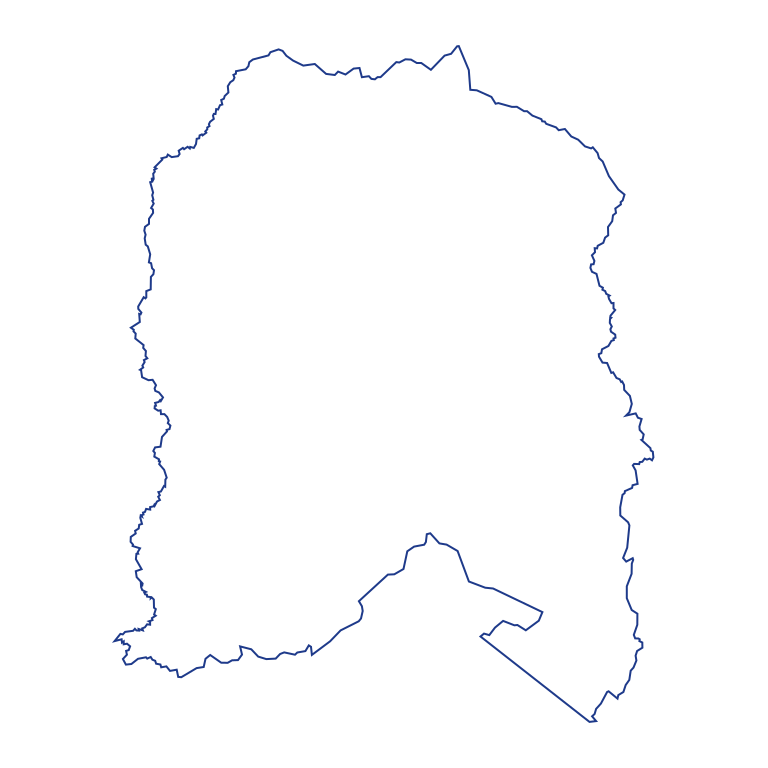 Asunafo North Municipal, Brong Ahafo, Ghana (Robinson projection)
{"feature_id": "2480657B96138797401471", "entity_name": "Asunafo North Municipal", "entity_type": "district", "adm_level": 2, "iso_a3": "GHA", "parent_name": "Ghana", "parent_adm1": "Brong Ahafo", "projection": "robinson", "projection_center": [-2.711, 6.815], "detail": "fine", "context": "isolated", "style": "outline", "palette": "blue", "viewbox_px": 768, "rotation_deg": 0, "n_neighbors": 0, "source": "geoboundaries", "source_scale": "gbopen_adm2", "svg_char_len": 6066}
<svg xmlns="http://www.w3.org/2000/svg" viewBox="0 0 768 768"><path d="M114.6,641.1L121.6,639.3L122.0,642.6L123.7,641.4L123.7,644.3L127.0,643.7L130.1,646.3L128.7,650.1L126.1,650.9L126.9,654.7L122.9,659.0L125.9,664.6L131.4,664.0L138.0,658.8L146.0,657.3L147.2,658.6L150.7,657.0L152.4,659.7L155.2,660.8L156.1,663.7L160.4,664.5L161.2,667.3L166.4,666.4L170.0,670.9L176.7,669.7L178.2,676.9L181.3,677.2L196.6,668.1L203.7,667.0L205.5,658.8L210.2,655.0L221.2,662.7L227.7,662.8L232.1,660.3L238.0,660.1L242.0,654.6L240.1,646.4L251.3,649.3L258.2,656.6L266.3,659.1L275.7,658.6L280.1,654.0L284.2,652.4L295.0,654.7L297.3,652.5L305.4,651.1L308.8,645.4L311.0,646.8L311.9,654.9L330.1,641.3L340.6,630.4L358.7,621.3L361.0,618.5L362.7,611.0L361.9,606.2L358.9,601.2L387.9,574.6L394.3,574.3L403.5,569.0L407.3,551.3L414.1,546.6L424.2,544.7L425.9,542.0L426.8,534.2L430.3,533.3L439.4,543.4L446.6,544.6L457.6,551.0L468.9,581.5L485.2,587.7L493.1,588.5L542.4,612.1L538.8,620.7L525.8,630.3L517.4,625.0L514.4,625.3L503.1,620.9L495.0,627.6L489.3,635.1L484.0,633.6L480.5,636.5L589.5,721.9L596.1,721.1L592.1,716.3L594.6,714.0L596.1,708.9L600.9,703.6L607.1,692.0L608.6,691.3L617.5,698.6L618.3,695.1L623.4,692.0L625.7,685.0L629.3,679.9L630.7,670.7L633.5,667.6L636.4,660.5L635.6,655.7L637.1,651.0L642.4,647.7L642.3,642.5L639.4,641.1L639.7,639.3L638.4,638.5L635.2,638.4L633.8,634.9L637.3,624.8L637.4,613.7L631.7,610.0L626.8,598.2L626.8,586.3L631.6,573.8L631.8,563.6L633.2,559.9L632.7,558.2L626.2,561.6L623.1,558.0L627.2,547.7L629.4,525.4L628.1,522.3L620.3,515.5L620.2,507.3L622.5,494.8L624.6,493.2L624.9,491.1L632.1,487.9L632.6,485.2L637.6,483.9L635.6,470.4L632.8,465.4L634.1,463.9L639.2,464.1L639.7,462.1L642.3,461.8L644.7,458.6L646.9,459.6L649.7,458.6L652.0,460.3L653.4,457.4L652.8,451.7L650.8,450.5L650.4,448.1L641.4,439.9L642.6,439.4L643.7,434.4L639.7,429.9L639.4,426.5L641.6,419.0L637.9,417.7L635.7,413.4L626.0,415.6L629.4,412.2L631.8,403.9L629.9,395.9L624.2,389.9L624.0,385.0L622.2,381.5L621.2,382.0L619.7,379.3L616.5,378.0L613.1,372.3L611.3,372.9L607.1,363.0L602.5,362.6L599.0,356.7L598.8,354.1L601.3,353.2L602.0,349.3L608.4,346.0L611.4,340.9L613.8,340.1L613.5,338.5L615.5,337.7L615.2,334.6L611.0,331.7L610.4,329.2L611.8,326.5L609.8,322.9L610.0,319.1L611.2,317.8L610.2,317.5L610.5,315.7L615.2,310.0L613.5,308.4L613.5,303.0L611.5,303.2L609.0,298.9L608.4,296.4L609.6,295.6L606.2,293.8L605.2,291.1L602.4,289.7L602.9,287.7L599.5,285.8L596.5,273.9L592.0,271.8L590.4,267.9L591.1,264.4L593.6,264.2L594.4,260.9L591.9,255.3L595.0,252.2L594.7,248.2L597.1,248.4L597.7,245.8L603.3,242.8L605.1,237.6L608.2,235.3L608.0,227.0L612.2,221.2L613.0,215.3L616.0,212.9L615.3,208.5L620.9,204.4L620.6,202.2L622.7,200.4L624.5,194.6L618.3,189.5L608.9,176.1L602.7,161.5L599.0,158.0L597.6,153.1L592.8,147.3L591.1,148.4L585.0,146.4L578.2,139.7L571.3,136.5L564.9,129.0L558.7,130.2L556.1,127.4L546.2,123.8L544.8,121.6L542.2,121.3L541.4,119.2L532.4,115.6L527.1,111.2L524.1,111.2L516.9,106.8L512.0,106.9L498.4,103.1L495.6,103.7L491.4,96.9L476.8,90.3L470.3,89.8L468.8,70.1L458.8,46.1L457.1,46.3L451.1,53.8L444.6,55.6L430.9,69.8L421.3,63.0L416.8,63.0L411.0,59.6L405.4,59.3L399.3,62.5L396.3,62.1L380.6,77.1L377.6,77.1L374.9,79.3L371.4,78.9L368.9,76.2L361.9,77.2L359.5,68.0L353.6,68.6L345.5,74.5L338.1,71.6L334.8,75.0L326.1,73.9L314.8,64.0L303.3,65.6L293.1,60.6L286.4,55.8L282.6,50.9L278.6,49.4L270.4,52.2L268.5,55.4L252.9,59.5L249.3,62.2L248.4,66.2L245.7,69.3L236.0,71.2L235.9,73.7L233.4,74.9L234.5,77.6L233.3,80.2L230.3,82.2L227.8,86.2L228.4,92.5L224.7,96.0L223.9,98.7L221.2,100.0L222.3,104.5L220.0,105.2L218.1,109.5L216.2,109.1L215.5,114.0L213.8,113.9L213.0,115.7L213.8,118.9L210.1,121.8L208.9,124.2L209.5,126.1L207.2,127.5L207.3,129.3L205.3,131.4L206.3,132.7L202.6,135.4L201.9,134.4L199.6,135.4L199.2,138.3L196.7,138.8L196.0,144.0L193.8,147.9L190.2,146.9L189.8,148.5L187.6,146.8L184.1,149.2L182.9,147.9L178.7,150.7L179.6,154.0L178.0,156.2L171.7,157.1L167.8,154.6L166.7,157.0L161.5,158.3L162.3,159.6L154.6,167.3L156.4,168.6L154.2,169.8L154.8,171.7L153.2,173.7L153.7,178.9L152.9,180.4L151.7,177.8L152.1,181.7L150.2,182.2L153.1,192.6L152.2,195.2L153.4,199.8L152.3,200.8L153.7,203.6L151.1,208.0L152.9,209.5L153.1,212.9L149.0,218.8L149.0,223.9L145.0,226.8L144.3,230.7L145.6,234.7L144.7,238.3L145.7,244.7L147.8,246.4L150.2,254.3L148.9,262.4L151.1,263.2L152.1,268.3L154.0,270.2L153.4,274.2L150.9,276.9L150.7,289.4L146.3,291.1L146.3,297.4L145.4,298.4L143.7,297.2L138.2,306.5L138.3,308.9L141.4,312.6L140.6,314.3L139.2,313.9L139.8,322.0L130.9,327.7L133.8,329.8L133.5,331.3L135.7,333.6L135.3,338.5L143.6,345.1L143.2,347.9L145.9,351.0L145.5,356.0L147.3,358.3L143.9,360.1L144.6,362.1L142.4,365.6L143.2,367.5L140.0,369.8L141.1,370.3L142.1,377.2L148.5,380.2L152.6,379.8L156.0,385.2L154.6,388.4L155.3,390.9L158.9,392.4L163.0,397.4L160.8,401.1L160.1,400.1L158.6,402.0L155.1,402.9L156.0,405.7L154.8,406.1L154.6,408.4L158.2,410.7L160.6,410.3L161.0,414.1L164.4,414.1L167.2,417.0L168.7,420.7L167.8,423.1L170.4,425.6L169.5,429.1L166.6,429.9L167.0,431.4L162.0,436.9L160.5,446.7L155.1,447.4L153.3,451.0L154.9,452.9L154.3,456.6L159.0,459.3L158.8,461.1L160.1,461.5L159.2,464.1L164.1,469.8L166.7,477.7L165.4,479.6L165.2,486.7L164.0,486.0L160.9,491.5L158.4,492.1L159.8,495.2L158.2,496.7L159.9,500.0L157.0,501.5L154.7,505.8L154.3,504.9L153.6,506.3L150.1,507.1L150.2,509.6L146.1,508.9L145.0,511.9L143.0,512.6L143.5,514.5L141.5,515.2L141.9,516.4L140.7,515.5L140.3,517.8L142.0,523.9L139.2,524.8L138.7,528.5L135.1,530.8L135.7,533.5L130.8,536.9L130.6,541.8L133.0,544.6L132.6,546.0L140.0,548.3L137.6,552.4L138.2,553.7L136.4,553.9L135.9,559.2L141.6,569.2L135.8,571.2L136.7,577.2L142.6,583.5L142.3,585.1L140.9,583.9L141.1,587.1L142.2,590.0L145.9,591.9L144.3,592.6L145.1,594.3L146.9,594.7L147.1,596.6L150.8,597.1L150.7,598.3L151.7,597.4L153.8,599.5L154.0,607.7L155.8,609.1L154.1,614.5L155.7,615.7L151.9,618.1L152.5,620.1L148.9,621.3L150.1,622.0L150.1,624.7L147.1,624.3L144.9,627.3L142.2,628.4L142.9,630.4L138.7,629.0L139.1,630.6L136.4,630.4L134.9,628.8L133.1,630.8L125.1,631.9L122.8,634.4L120.4,633.9L114.6,641.1Z" fill="none" stroke="#1e3a8a" stroke-width="2"/></svg>